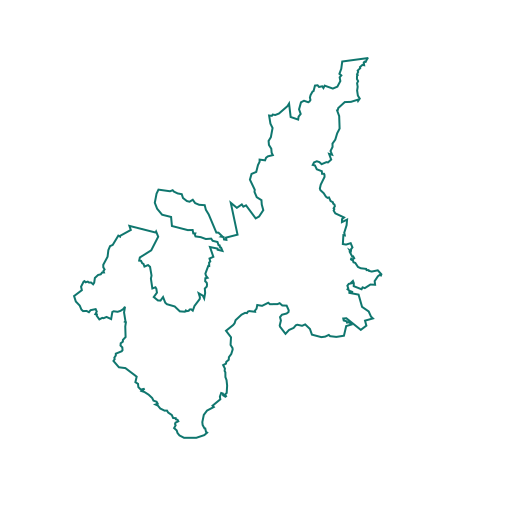 the district of Tehuacán, Puebla, Mexico, rotated 336°
{"feature_id": "50627088B19866902668175", "entity_name": "Tehuacán", "entity_type": "district", "adm_level": 2, "iso_a3": "MEX", "parent_name": "Mexico", "parent_adm1": "Puebla", "projection": "natural_earth1", "projection_center": [-97.424, 18.466], "detail": "fine", "context": "isolated", "style": "outline", "palette": "teal", "viewbox_px": 512, "rotation_deg": 336, "n_neighbors": 0, "source": "geoboundaries", "source_scale": "gbopen_adm2", "svg_char_len": 6105}
<svg xmlns="http://www.w3.org/2000/svg" viewBox="0 0 512 512"><g transform="rotate(336 256 256)"><path d="M116.3,392.8L127.5,397.8L135.9,398.6L139.5,397.5L138.8,396.3L139.5,392.9L138.8,392.5L138.5,388.7L139.4,385.9L143.7,379.9L148.4,377.3L156.0,376.8L155.4,375.1L165.1,372.4L165.8,369.8L168.5,367.0L169.8,368.2L169.3,369.9L170.8,372.1L171.6,371.9L171.3,369.9L173.5,369.2L176.9,362.7L178.6,357.4L178.8,354.2L180.7,349.8L180.6,348.2L181.8,346.2L181.6,342.3L184.8,342.1L185.8,340.6L188.9,339.7L190.1,337.4L193.5,335.5L196.6,332.0L197.1,330.6L196.6,326.9L200.1,320.1L198.2,312.1L207.0,309.8L209.0,308.8L211.3,306.3L218.9,303.7L222.9,303.5L224.5,304.5L226.0,303.5L227.5,303.6L232.5,306.6L232.8,305.5L235.1,304.3L237.2,301.3L241.3,304.0L248.2,303.7L249.1,305.7L256.1,308.7L258.4,308.7L259.9,311.9L263.8,313.8L263.8,318.9L262.9,320.4L260.6,321.0L255.8,320.2L253.1,321.6L252.5,325.1L249.4,329.1L249.2,330.4L251.3,339.1L256.1,337.0L261.1,337.0L264.2,335.5L265.8,335.6L269.7,338.5L273.1,338.5L275.6,344.6L275.1,350.6L282.7,356.7L286.4,357.8L290.4,357.7L291.1,359.4L296.5,362.6L303.9,364.6L309.9,356.7L315.2,357.4L315.0,355.8L313.3,354.0L312.1,353.9L312.2,352.5L309.9,350.6L310.3,348.6L313.2,349.6L321.7,366.1L328.5,364.5L329.3,359.4L337.4,360.6L336.4,358.1L336.4,352.5L332.2,345.6L334.0,333.0L328.5,329.2L329.3,327.9L328.5,327.1L327.5,328.5L326.3,327.7L327.2,325.5L326.1,323.6L327.1,323.1L327.4,320.3L329.4,319.2L332.9,319.9L332.5,318.9L334.4,318.2L334.3,320.6L333.0,323.3L338.9,329.3L340.6,328.0L342.3,329.6L348.9,328.6L353.1,330.7L354.2,327.2L359.1,324.1L361.3,323.6L362.2,324.6L363.1,323.7L361.4,318.6L355.4,317.3L353.1,315.5L353.1,314.7L351.3,313.9L351.4,312.6L346.7,309.8L344.7,307.5L343.9,302.7L342.5,301.4L342.7,299.6L341.4,297.8L341.8,297.3L342.8,298.4L344.8,298.0L344.6,295.9L343.7,295.8L343.3,290.4L344.0,290.3L343.9,288.9L344.7,290.1L345.8,288.3L347.6,287.4L347.7,282.8L342.9,282.2L340.2,280.4L344.3,272.5L345.5,273.3L346.1,270.6L351.3,264.7L354.0,259.8L348.3,260.0L349.6,257.3L352.1,256.6L345.8,249.3L345.4,246.1L346.6,245.0L346.3,244.0L348.3,242.6L348.6,240.9L347.8,239.5L348.1,238.2L346.5,236.1L346.5,232.2L345.0,232.0L344.0,230.2L343.4,226.2L341.6,222.0L341.8,220.3L344.2,217.1L350.8,211.6L351.6,209.6L351.6,208.6L349.8,207.8L350.6,205.3L346.8,201.5L346.7,197.3L344.9,195.9L347.1,194.1L350.1,194.2L352.1,196.0L353.3,198.8L358.5,198.9L359.8,199.8L363.9,198.5L364.3,192.4L366.7,194.4L366.8,190.4L370.3,187.5L371.6,184.4L375.7,182.0L380.1,176.9L384.2,173.6L388.9,162.0L389.3,155.9L390.1,155.9L391.3,154.3L399.7,151.5L405.4,153.8L412.4,154.6L412.3,155.9L414.8,154.4L414.3,150.9L415.7,145.9L417.7,142.8L418.6,139.3L420.4,137.8L420.2,135.4L421.5,132.6L422.5,132.1L422.2,131.1L424.2,129.4L424.3,128.0L427.6,126.8L427.8,125.7L431.0,124.7L432.4,125.7L433.1,123.1L434.2,122.6L435.1,123.3L438.0,120.9L439.1,120.8L413.9,113.4L410.0,119.7L406.3,123.5L407.4,125.7L405.1,126.8L404.2,130.5L399.2,134.4L394.3,134.3L388.0,128.3L385.9,130.0L385.5,127.9L382.3,127.2L381.7,125.1L379.2,124.3L375.7,128.7L374.5,128.8L371.3,131.2L369.7,133.2L369.2,135.6L367.7,136.6L366.3,136.8L363.0,133.7L359.6,133.9L355.0,139.5L354.6,144.4L351.6,146.0L350.0,148.5L344.2,143.1L348.2,130.2L345.7,131.9L334.9,135.2L330.9,135.0L328.8,133.6L327.5,134.4L325.1,133.0L323.0,141.0L323.2,145.8L317.9,153.5L314.3,156.0L313.0,159.8L313.6,164.2L312.3,168.0L312.4,170.7L307.5,169.8L305.2,170.3L303.2,172.3L298.5,169.4L297.6,171.4L294.8,173.7L290.4,179.3L285.3,179.2L281.5,183.8L281.8,195.0L280.7,196.8L280.6,202.6L283.7,207.2L282.2,211.3L281.3,217.1L274.8,221.2L271.0,221.5L267.5,205.7L264.5,205.8L264.0,203.1L258.1,204.2L254.6,197.1L247.8,229.0L236.1,227.0L235.5,229.2L233.5,227.9L234.1,225.6L232.1,224.2L233.1,224.1L231.2,219.4L229.3,218.5L229.7,198.8L229.0,193.4L229.8,188.7L224.9,186.1L221.9,182.9L221.1,178.9L217.4,179.4L215.2,177.7L212.9,173.3L213.3,169.3L209.9,167.0L207.2,163.8L206.6,162.0L203.8,161.9L193.9,155.7L190.5,158.6L185.2,166.2L184.9,172.6L187.0,180.1L194.3,185.8L191.4,194.4L204.2,204.6L208.7,206.5L207.9,209.8L209.7,210.7L208.8,211.6L208.7,213.5L213.2,216.3L217.1,220.1L222.1,221.9L222.6,224.5L226.5,227.5L226.2,230.9L227.1,231.5L226.7,233.7L227.5,234.2L227.4,237.7L223.5,234.7L223.9,233.6L217.6,229.1L216.7,239.4L212.5,239.4L212.0,242.4L210.5,242.9L209.2,246.1L208.4,245.6L202.6,251.5L202.3,253.7L202.9,256.2L200.7,255.7L199.3,258.4L200.1,260.3L199.7,262.1L198.6,263.9L196.0,264.9L194.5,269.1L191.4,273.7L191.3,270.6L188.5,266.7L188.0,270.8L187.1,272.4L179.5,276.6L176.0,280.2L175.0,278.3L173.6,277.9L172.2,278.7L170.2,278.2L169.8,277.2L168.4,278.0L163.9,275.6L161.2,269.0L155.0,263.8L154.1,261.7L154.4,255.7L150.6,257.9L148.3,256.7L145.9,251.9L150.6,249.2L151.6,245.5L151.4,243.7L148.1,243.5L150.8,233.9L152.6,231.4L154.8,222.8L153.7,220.4L149.8,220.3L150.0,217.5L149.1,216.3L149.0,213.7L147.4,212.7L149.3,210.1L162.6,208.2L174.5,198.6L174.7,193.0L173.8,193.7L152.6,177.0L152.2,181.3L140.2,182.3L139.7,183.0L138.5,181.4L129.6,187.6L126.7,187.6L123.5,190.6L120.1,196.3L112.9,201.9L111.9,204.2L112.2,206.7L110.5,207.7L110.4,209.2L108.6,208.5L106.7,209.6L104.1,209.1L99.9,210.5L97.3,214.6L95.7,215.6L94.6,213.2L92.6,212.3L91.9,211.0L89.6,210.7L89.1,209.2L88.1,209.3L83.7,212.9L83.0,216.4L73.5,218.6L72.9,224.3L74.8,229.6L74.7,233.9L75.6,236.0L78.9,237.3L80.5,239.4L82.8,238.2L87.9,239.3L87.9,242.0L85.6,243.8L86.9,244.7L86.2,245.8L87.1,250.2L90.4,250.0L91.4,250.8L94.7,250.9L98.0,254.7L102.0,248.7L103.5,248.6L106.9,250.7L109.8,251.0L113.1,250.5L115.7,249.1L112.5,253.9L110.2,262.5L109.5,262.8L110.2,263.6L107.9,267.2L103.9,277.0L100.3,278.5L99.5,280.1L96.9,280.7L95.8,282.7L96.7,285.1L95.8,287.7L94.6,288.4L88.2,288.2L87.4,289.9L85.2,291.3L84.9,292.8L83.1,293.9L85.5,301.9L91.1,305.3L97.9,317.7L94.5,322.2L96.2,324.8L95.2,327.9L96.4,331.2L100.2,331.9L96.6,332.9L98.8,334.9L101.5,339.0L103.4,343.5L103.5,346.4L105.9,348.7L106.1,350.9L103.8,350.8L105.5,352.7L106.5,356.4L109.6,360.1L111.8,361.0L112.1,363.3L114.4,367.0L114.4,370.3L116.7,371.5L116.4,372.6L117.7,373.8L117.8,375.4L114.7,375.5L113.7,376.5L113.7,378.0L111.2,379.9L112.6,383.1L112.3,385.8L113.1,388.8L116.3,392.8Z" fill="none" stroke="#0f766e" stroke-width="2"/></g></svg>